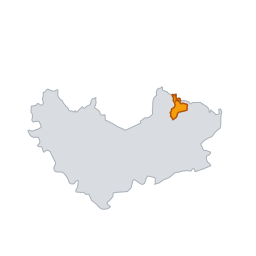 where Dubréka sits in Guinea, rotated 155°
{"feature_id": "GIN-5635", "entity_name": "Dubréka", "entity_type": "Prefecture", "adm_level": 1, "iso_a3": "GIN", "parent_name": "Guinea", "parent_adm1": "", "projection": "mercator", "projection_center": [-13.586, 9.952], "detail": "fine", "context": "in_parent", "style": "filled", "palette": "amber", "viewbox_px": 256, "rotation_deg": 155, "n_neighbors": 0, "source": "natural_earth", "source_scale": "10m", "svg_char_len": 4590}
<svg xmlns="http://www.w3.org/2000/svg" viewBox="0 0 256 256"><g transform="rotate(155 128 128)"><path d="M155.0,165.2L153.1,165.0L152.3,165.3L149.7,168.3L148.2,169.5L145.8,169.1L145.0,169.3L144.3,169.0L145.2,167.4L146.4,164.1L149.6,160.8L149.6,160.1L148.3,158.2L147.0,155.6L147.0,152.7L146.7,150.7L144.0,150.1L143.5,149.8L143.4,149.1L144.9,145.6L145.1,144.9L144.9,144.3L143.2,142.5L140.5,139.1L136.0,132.3L134.3,130.9L132.6,128.8L132.0,127.5L130.3,127.0L114.4,127.1L114.1,128.9L108.6,130.1L105.2,128.7L101.5,129.5L99.7,130.4L98.2,134.4L97.4,135.2L96.6,137.0L95.9,138.0L95.1,140.0L93.3,142.8L91.4,144.6L88.2,145.6L87.2,148.5L86.5,149.6L85.3,150.4L84.0,151.0L81.4,150.4L79.9,151.0L79.6,150.2L80.5,147.9L79.8,146.7L77.3,144.3L77.1,143.1L76.3,141.6L73.0,138.5L69.9,138.7L70.8,136.0L70.8,132.6L69.7,130.7L70.0,128.7L69.4,128.8L68.4,130.2L66.7,129.8L63.4,127.7L61.7,125.7L61.5,124.0L61.1,123.3L60.1,123.7L58.0,123.6L51.6,120.6L47.0,112.9L46.9,111.2L47.6,108.2L47.4,107.4L45.3,109.4L44.9,108.1L43.3,105.0L42.9,103.2L41.3,102.5L40.1,102.3L39.1,102.9L37.9,106.5L37.0,106.5L36.0,105.7L36.2,103.0L38.7,99.7L42.8,91.2L44.3,89.2L45.2,88.6L47.1,88.5L50.9,87.3L55.6,84.7L59.2,84.9L63.4,84.6L68.9,82.8L69.0,77.0L68.8,75.8L66.8,74.6L65.7,73.6L64.7,72.4L63.5,71.5L63.6,70.5L66.0,69.3L68.2,69.3L69.0,68.8L69.5,68.0L70.2,66.0L70.4,63.8L68.9,60.9L69.0,58.8L77.1,59.1L81.5,59.7L85.1,59.8L85.7,60.3L85.2,62.3L85.7,63.5L86.9,63.8L88.9,62.4L90.0,62.7L92.3,64.5L94.4,65.0L96.7,65.9L98.8,66.4L100.8,66.4L102.2,67.3L104.9,67.6L108.4,66.4L111.1,65.8L115.0,65.7L117.0,66.1L122.8,65.1L127.4,65.7L126.7,66.4L124.6,70.9L124.8,71.8L129.5,75.6L130.6,75.9L131.9,75.4L133.9,73.6L135.5,71.7L137.0,70.7L138.8,70.8L140.2,72.1L143.6,77.9L144.4,78.6L145.2,78.6L146.7,77.5L147.4,76.3L150.5,72.5L155.3,70.6L166.6,74.9L168.3,75.3L169.2,74.9L170.6,72.4L174.9,70.2L177.0,69.6L178.1,69.5L178.6,68.8L178.8,67.7L178.6,66.7L177.3,64.7L177.2,64.1L178.0,63.8L179.6,63.5L181.7,63.7L184.1,64.5L186.0,65.7L187.1,67.2L189.2,73.2L191.6,78.0L191.5,84.4L192.6,85.0L193.7,85.3L194.3,85.8L195.4,88.4L196.5,89.1L197.9,89.3L200.3,91.0L201.9,91.7L202.1,92.2L202.0,92.9L201.4,93.7L199.1,95.5L197.9,97.0L195.5,100.6L195.4,101.3L195.9,101.7L196.9,101.8L198.0,101.6L200.2,100.3L202.0,100.7L203.6,101.7L204.2,102.8L204.4,104.1L204.0,105.9L204.0,107.9L204.5,111.2L205.4,114.6L206.3,115.8L211.9,118.7L212.4,119.8L212.7,121.1L212.3,122.8L211.7,123.7L208.6,126.3L208.2,127.6L208.4,129.9L208.6,139.7L209.8,141.3L211.3,142.2L214.6,141.7L214.5,144.4L214.1,147.4L216.1,148.4L217.1,149.3L217.6,150.2L214.5,151.8L213.6,152.7L213.2,155.3L213.3,157.6L217.4,159.3L219.1,161.2L219.8,163.3L220.0,167.1L219.6,168.0L218.6,168.0L216.5,165.7L213.2,165.4L210.8,165.0L206.8,165.3L206.1,166.0L205.7,171.1L206.6,171.9L208.5,172.9L209.8,173.3L210.8,173.2L211.6,173.8L211.8,175.5L211.3,176.7L210.2,177.8L208.9,180.8L209.2,183.5L206.9,187.8L206.3,188.6L203.3,187.8L201.3,187.5L199.9,188.6L198.0,186.9L197.6,185.6L196.9,185.3L195.6,185.3L194.4,186.1L193.8,187.4L193.6,190.2L191.4,192.8L189.8,196.0L188.1,195.7L187.7,196.1L185.8,197.0L184.1,197.2L183.7,196.3L182.8,195.6L181.7,194.3L180.5,193.1L178.2,192.4L177.3,192.7L176.2,192.6L175.5,192.2L175.6,191.5L176.8,189.8L177.5,188.2L177.9,186.5L177.9,184.9L177.2,182.6L176.2,180.8L175.9,179.8L176.1,178.3L175.8,176.9L175.5,176.1L175.0,173.5L174.4,173.0L174.0,170.9L174.1,168.7L173.3,167.9L171.8,167.3L171.0,166.5L170.5,165.5L170.0,165.2L169.6,165.3L169.2,165.9L168.7,166.0L167.9,164.0L167.6,163.9L167.0,164.4L160.5,166.6L159.7,164.7L158.4,164.3L156.3,165.1L155.0,165.2Z" fill="#d9dde1" stroke="#a8b0b8" stroke-width="1"/><path d="M70.4,137.7L70.9,137.1L71.2,136.4L71.6,135.8L71.6,135.4L71.6,134.0L71.6,133.8L71.8,133.7L72.1,133.5L72.2,133.4L72.3,133.1L72.7,132.9L73.1,132.7L73.2,132.3L72.7,132.5L72.4,132.6L72.1,132.5L71.0,131.2L70.9,130.9L70.6,131.0L70.9,131.8L71.0,132.5L70.7,133.1L69.9,133.5L69.0,133.4L68.5,132.8L68.5,132.0L68.7,131.2L69.8,129.9L70.2,129.1L70.1,128.2L69.7,127.7L69.3,127.4L69.1,127.3L68.1,127.3L67.8,127.3L67.7,127.2L64.8,124.7L64.6,124.6L64.5,124.4L64.5,124.2L64.4,123.9L64.4,123.7L64.5,123.6L65.5,122.2L66.2,120.8L66.8,119.4L68.3,119.4L70.3,119.8L75.1,120.8L77.0,120.3L78.0,118.8L79.8,117.3L81.9,116.8L83.8,116.6L83.8,119.4L84.2,119.9L84.4,120.8L83.9,121.5L83.3,122.1L83.3,124.1L82.1,124.6L81.4,125.3L81.1,125.9L80.2,126.9L79.4,126.9L77.4,127.1L76.2,128.1L75.4,129.4L75.1,131.3L75.4,132.8L75.4,133.6L74.8,134.8L74.0,135.8L74.2,137.6L74.3,138.9L74.0,139.4L73.5,139.6L73.2,139.3L72.8,138.9L72.6,138.3L72.5,137.8L71.7,138.1L71.1,138.5L70.4,137.7L70.4,137.7Z" fill="#f59e0b" stroke="#b45309" stroke-width="1.5"/></g></svg>